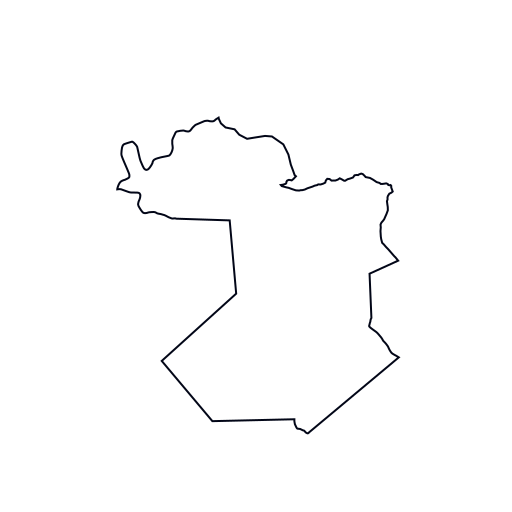 the district of Arada, Santa Bárbara, Honduras, rotated 226°
{"feature_id": "27666195B41783757195237", "entity_name": "Arada", "entity_type": "district", "adm_level": 2, "iso_a3": "HND", "parent_name": "Honduras", "parent_adm1": "Santa Bárbara", "projection": "albers", "projection_center": [-88.298, 14.85], "detail": "fine", "context": "isolated", "style": "outline", "palette": "ink", "viewbox_px": 512, "rotation_deg": 226, "n_neighbors": 0, "source": "geoboundaries", "source_scale": "gbopen_adm2", "svg_char_len": 6084}
<svg xmlns="http://www.w3.org/2000/svg" viewBox="0 0 512 512"><g transform="rotate(226 256 256)"><path d="M153.9,355.0L158.5,355.4L159.1,355.3L161.6,355.4L169.0,355.8L172.4,355.8L175.6,356.0L177.8,355.9L181.2,357.8L183.3,359.3L187.4,362.8L189.9,365.6L192.1,367.4L192.9,369.4L193.1,371.8L193.4,373.7L194.1,375.4L195.6,379.1L197.3,382.6L199.7,384.8L202.1,386.5L204.5,388.3L205.2,389.8L205.3,389.9L206.9,391.4L207.6,392.7L208.2,395.2L207.5,397.4L207.4,399.1L211.4,400.9L212.5,402.0L213.6,402.1L214.1,401.2L215.2,400.5L216.3,400.8L217.8,400.1L218.7,398.8L219.9,397.1L221.2,395.8L222.8,395.6L223.8,395.0L225.4,394.1L227.4,393.7L229.7,393.2L233.0,392.2L235.0,390.8L236.6,389.7L238.3,389.8L240.8,389.7L242.2,388.9L243.1,386.9L243.3,385.6L244.3,384.8L245.6,382.9L245.3,381.5L245.1,380.3L246.3,377.6L247.6,375.2L248.2,372.4L248.9,371.7L251.7,370.9L253.7,370.2L254.1,367.9L255.1,365.6L257.8,362.7L260.2,362.4L262.0,360.9L261.8,358.7L260.7,356.8L261.3,354.7L262.6,352.1L264.3,350.5L264.5,349.3L265.9,347.0L266.6,345.0L269.0,340.0L269.9,337.3L271.1,335.2L272.4,333.7L273.0,332.6L275.5,330.3L278.9,328.5L282.4,326.8L284.3,325.5L286.7,324.1L288.4,323.1L289.8,323.2L288.8,324.6L288.3,325.5L287.6,326.9L287.3,327.7L287.4,328.4L288.2,329.4L288.6,330.7L288.1,332.3L287.3,333.1L285.6,334.2L285.4,336.4L285.5,338.3L285.6,340.1L287.4,340.0L291.3,341.8L297.5,344.5L306.5,349.8L317.3,353.2L330.9,350.5L336.1,345.9L342.0,337.5L346.5,331.0L354.9,328.2L362.0,328.6L369.6,323.4L375.8,322.9L380.4,324.5L381.5,325.2L381.8,323.8L382.1,322.4L382.2,321.6L382.2,321.2L382.2,320.6L382.3,320.1L382.3,319.8L382.4,319.5L382.6,319.0L382.8,318.6L383.4,317.9L383.9,317.4L384.5,316.9L384.8,316.6L385.2,316.3L386.5,315.5L386.8,315.3L387.0,315.1L387.4,314.7L387.8,314.1L388.5,313.2L388.8,312.7L389.1,312.0L392.1,304.2L392.2,303.9L392.3,303.6L392.4,302.8L392.4,302.3L392.4,300.7L392.4,299.8L392.3,298.9L392.1,297.6L391.9,296.1L391.9,295.9L391.9,295.5L392.0,295.3L392.1,294.7L392.3,294.3L392.4,294.1L392.5,293.9L393.0,293.4L394.4,292.3L394.7,292.1L395.5,291.7L396.0,291.4L396.5,291.1L396.9,290.7L398.1,289.2L398.8,288.3L399.6,287.0L400.4,285.8L400.6,285.4L400.7,285.0L400.7,284.6L400.7,284.2L400.6,283.7L400.4,283.2L398.4,278.0L397.9,277.0L397.6,276.4L397.3,276.1L397.2,275.9L396.3,275.1L395.3,274.1L394.6,273.5L393.2,272.5L392.2,271.7L391.5,271.1L390.9,270.3L390.6,269.8L390.1,269.1L389.8,268.4L389.5,267.8L389.2,267.1L389.0,266.4L388.8,265.7L388.6,265.0L388.6,264.4L388.5,263.8L388.6,263.4L388.7,263.0L389.8,261.2L392.5,257.0L393.4,255.5L393.8,254.7L394.7,253.1L395.1,252.2L395.4,251.6L395.7,250.7L395.9,250.0L396.0,249.5L396.0,248.9L395.9,248.5L395.8,248.0L395.7,247.6L395.5,247.2L395.3,246.8L395.0,246.4L394.8,246.1L394.6,245.7L394.5,245.3L394.2,244.4L393.9,243.4L393.7,242.3L393.5,241.5L393.4,240.9L393.4,240.3L393.3,239.7L393.3,239.0L393.4,238.6L393.4,238.3L393.6,237.9L393.7,237.6L393.9,237.3L394.0,237.1L394.2,236.9L394.5,236.7L394.9,236.5L395.3,236.4L395.8,236.3L396.4,236.3L396.8,236.3L397.2,236.4L397.6,236.5L399.6,237.1L400.7,237.5L403.6,238.6L404.9,239.1L406.4,239.9L407.5,240.5L415.7,245.5L416.7,246.1L417.0,246.3L417.4,246.4L417.8,246.5L418.8,246.7L420.3,246.8L421.0,246.8L421.8,246.8L422.4,246.8L423.0,246.7L423.6,246.6L423.9,246.5L424.1,246.4L424.3,246.3L424.5,246.0L424.7,245.6L425.5,244.1L426.9,241.3L427.7,239.6L428.0,238.9L428.1,238.6L428.1,238.3L428.1,238.0L428.1,237.6L428.1,237.3L428.0,236.9L427.7,236.2L427.4,235.6L427.1,235.0L426.1,233.7L425.1,232.4L424.0,231.2L423.1,230.2L422.5,229.7L421.8,229.2L421.4,229.0L420.1,228.4L418.7,227.8L414.6,226.2L408.5,223.9L403.9,222.1L403.1,221.7L402.4,221.3L401.7,220.7L401.2,220.2L401.0,219.9L400.8,219.6L400.8,219.4L400.7,219.1L400.7,218.7L400.8,218.2L400.9,217.6L401.3,216.4L401.7,215.2L401.9,214.6L402.4,213.7L402.7,213.0L402.9,212.5L403.1,212.0L403.2,211.5L403.4,210.9L403.4,210.2L403.4,209.7L403.4,209.0L403.1,208.1L402.9,207.3L402.5,206.3L401.9,205.0L401.4,204.1L400.9,203.2L400.3,202.5L399.8,203.2L399.1,204.1L398.6,204.6L398.2,204.9L397.9,205.1L397.7,205.3L393.6,207.3L390.2,209.0L389.6,209.4L389.1,209.7L388.4,210.3L387.1,211.6L384.9,213.8L384.2,214.5L383.6,215.0L383.0,215.4L382.8,215.5L382.5,215.6L382.1,215.7L381.8,215.7L381.4,215.6L381.0,215.5L380.6,215.4L380.4,215.2L379.9,214.9L379.6,214.5L379.3,214.2L378.6,213.3L378.0,212.3L377.5,211.3L376.8,209.6L376.6,209.2L376.2,208.6L375.8,208.0L375.3,207.3L375.0,207.0L374.6,206.8L374.1,206.5L373.5,206.2L372.0,205.8L370.2,205.4L368.7,205.1L367.7,205.0L367.2,204.9L366.8,204.9L366.3,204.9L365.7,204.9L365.5,205.0L365.1,205.1L364.6,205.4L364.1,205.8L363.6,206.3L363.4,206.6L363.1,207.0L362.8,207.4L362.4,208.2L362.1,208.8L361.6,209.6L361.2,210.1L360.3,211.2L358.8,212.9L358.3,213.3L357.9,213.6L357.6,213.8L357.2,214.0L356.9,214.1L356.2,214.3L355.9,214.4L355.5,214.5L354.9,214.8L353.7,215.6L352.5,216.5L351.7,217.0L350.6,217.6L349.1,218.5L348.6,218.7L347.8,219.0L347.3,219.2L345.4,219.8L344.3,220.2L342.8,220.9L341.7,221.4L341.4,221.6L341.0,221.9L340.8,222.1L340.6,222.3L340.0,223.2L339.6,223.6L339.3,223.9L339.0,224.2L338.7,224.3L338.2,224.6L299.9,261.8L242.7,215.6L246.0,115.3L167.5,109.9L111.9,170.2L111.1,169.4L110.3,168.7L109.3,168.0L108.2,167.3L107.9,167.1L106.4,166.6L105.0,166.1L104.2,165.9L103.6,165.8L103.3,165.8L103.0,165.9L100.9,167.6L99.5,168.1L98.4,168.5L97.9,168.7L97.5,169.0L97.2,169.2L96.8,169.3L96.1,169.3L95.5,169.3L94.9,169.2L94.6,169.2L93.5,169.5L92.8,169.8L92.6,169.9L92.4,170.1L92.3,170.5L92.2,170.8L92.3,171.0L92.3,171.3L83.9,288.3L87.0,287.5L88.5,287.0L90.0,286.6L91.1,286.3L91.8,286.3L92.2,286.2L92.9,286.3L93.6,286.4L95.1,286.7L95.8,286.9L96.5,287.1L97.4,287.4L99.0,288.0L99.5,288.1L99.9,288.2L100.7,288.3L102.2,288.5L103.9,288.6L105.7,288.6L106.6,288.6L107.4,288.8L108.5,289.1L109.4,289.3L110.8,289.5L112.5,289.6L113.8,289.7L115.8,289.8L116.5,289.8L117.9,289.7L122.4,288.9L124.4,288.6L125.2,288.5L125.9,288.5L126.4,288.5L126.6,288.6L126.8,288.6L127.1,288.8L127.3,289.1L127.9,290.1L128.5,291.0L129.1,292.1L129.3,292.6L129.6,292.9L130.2,293.7L130.6,294.3L130.8,294.6L130.9,295.0L131.1,295.5L131.3,296.0L164.4,325.4L153.9,355.0Z" fill="none" stroke="#020617" stroke-width="2"/></g></svg>